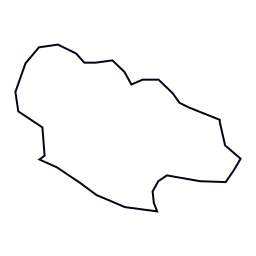 an SVG outline of Šavnik
{"feature_id": "MNE-1519", "entity_name": "Šavnik", "entity_type": "Municipality", "adm_level": 1, "iso_a3": "MNE", "parent_name": "Montenegro", "parent_adm1": "", "projection": "mercator", "projection_center": [19.144, 42.978], "detail": "fine", "context": "isolated", "style": "outline", "palette": "ink", "viewbox_px": 256, "rotation_deg": 0, "n_neighbors": 0, "source": "natural_earth", "source_scale": "10m", "svg_char_len": 540}
<svg xmlns="http://www.w3.org/2000/svg" viewBox="0 0 256 256"><path d="M63.2,47.2L76.1,53.5L84.4,62.7L95.3,62.7L112.4,60.4L124.5,72.0L131.4,84.5L142.5,79.7L158.6,79.7L172.9,93.5L179.5,102.8L188.7,107.4L219.9,119.9L219.7,121.7L225.1,145.4L240.6,158.7L233.7,170.4L225.7,182.1L199.9,181.2L166.9,175.4L158.3,181.2L152.6,191.4L153.8,202.7L157.1,211.4L124.9,207.1L96.4,195.0L80.1,182.9L57.0,167.4L39.4,159.5L44.6,155.7L42.4,127.4L18.3,111.4L15.4,92.0L25.5,63.3L39.0,47.3L58.0,44.6L63.2,47.2Z" fill="none" stroke="#020617" stroke-width="2"/></svg>